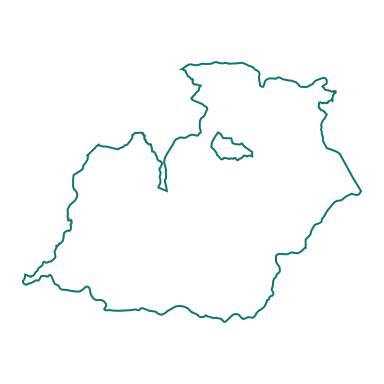 outline of Kambove, Katanga, Democratic Republic of the Congo
{"feature_id": "63176286B84034630662614", "entity_name": "Kambove", "entity_type": "district", "adm_level": 2, "iso_a3": "COD", "parent_name": "Democratic Republic of the Congo", "parent_adm1": "Katanga", "projection": "albers", "projection_center": [26.544, -11.235], "detail": "fine", "context": "isolated", "style": "outline", "palette": "teal", "viewbox_px": 384, "rotation_deg": 0, "n_neighbors": 0, "source": "geoboundaries", "source_scale": "gbopen_adm2", "svg_char_len": 5922}
<svg xmlns="http://www.w3.org/2000/svg" viewBox="0 0 384 384"><path d="M289.0,80.5L283.0,79.3L279.4,77.4L277.5,77.6L275.8,78.8L272.1,78.4L268.9,78.5L266.5,79.7L265.7,80.4L265.0,81.5L263.3,86.7L262.1,86.8L260.3,85.8L259.1,79.4L258.9,77.1L259.6,73.9L258.6,71.7L257.3,70.6L255.2,69.6L252.7,67.0L248.6,65.6L244.8,63.7L241.5,62.8L236.5,63.4L228.7,63.7L225.7,62.9L222.6,63.4L219.5,63.1L216.9,62.2L215.3,62.2L213.9,62.5L211.5,63.7L208.2,64.0L202.2,63.8L201.1,63.9L199.6,64.6L195.7,65.3L191.1,64.4L189.0,64.5L187.3,65.4L182.1,69.0L182.5,69.0L183.8,70.2L185.0,70.3L185.7,70.8L185.7,72.2L187.4,74.9L187.7,76.3L189.3,76.8L191.4,79.1L192.4,79.0L193.1,80.2L192.4,81.1L193.0,83.3L194.4,84.5L196.3,84.4L198.7,85.3L200.7,85.6L199.1,87.8L198.8,90.2L195.6,93.4L194.4,95.2L193.4,95.8L192.6,97.0L191.4,98.0L191.5,98.7L192.5,100.0L202.2,104.0L203.8,105.4L206.2,106.9L207.1,107.9L207.3,109.1L205.7,112.5L205.4,113.6L203.9,116.3L201.0,118.5L199.9,121.1L199.7,126.0L199.9,128.7L200.7,130.6L200.6,132.8L199.8,132.9L199.1,133.7L197.9,135.6L196.5,135.6L193.7,134.8L192.1,134.7L189.4,135.4L186.5,137.3L185.5,137.6L184.3,137.9L180.0,137.4L177.7,138.9L176.4,138.9L174.7,140.8L172.7,144.8L166.9,154.0L164.9,157.9L164.1,162.3L166.1,169.8L166.1,171.1L165.7,172.1L166.1,174.4L166.0,178.3L165.0,179.6L164.9,181.2L166.3,187.2L166.8,191.0L158.6,187.6L158.4,187.0L160.2,183.4L160.5,181.1L160.2,178.6L159.6,177.4L160.7,172.8L159.3,169.3L161.5,165.3L162.0,163.9L161.9,162.9L160.8,161.4L158.6,160.7L157.4,159.2L156.9,156.9L154.7,152.4L153.2,151.5L152.3,151.5L151.9,150.5L152.1,149.4L151.2,146.1L151.0,144.5L150.0,144.1L149.5,144.5L148.8,144.2L147.2,143.3L146.9,142.4L146.0,142.0L145.3,140.4L145.8,140.0L144.4,138.7L144.1,138.0L144.8,136.6L144.7,135.4L143.6,135.5L143.3,135.0L143.3,133.9L142.9,133.1L141.7,133.2L140.8,132.5L139.6,132.9L138.1,132.7L137.2,133.2L136.1,132.8L134.9,133.0L133.8,134.3L132.3,135.0L132.4,136.8L132.0,138.1L130.8,140.2L127.8,143.9L126.7,145.0L125.0,145.2L123.4,146.8L118.9,148.6L118.2,149.2L114.9,148.7L106.7,146.6L103.1,146.5L99.1,145.4L98.8,144.6L96.2,146.4L95.1,148.0L87.3,155.4L88.2,155.9L88.2,156.5L87.6,157.8L87.7,159.3L85.6,162.8L83.5,165.3L82.7,169.0L79.5,171.4L73.6,175.0L73.1,179.7L73.1,186.9L74.0,189.1L76.2,191.4L77.1,193.3L77.2,196.5L75.2,200.3L69.9,205.0L67.6,209.5L67.9,214.3L67.5,216.6L67.6,217.2L68.7,218.4L67.9,219.9L68.2,220.4L70.0,220.5L71.1,220.1L71.6,220.9L71.7,221.7L71.2,223.2L71.5,223.4L71.0,224.6L70.5,225.0L71.1,227.5L70.6,229.6L69.5,230.9L68.3,230.5L67.2,230.8L65.0,232.0L64.1,233.0L63.1,240.5L60.4,243.5L59.3,243.4L58.7,244.8L57.6,245.9L56.4,245.6L56.2,246.1L56.7,246.9L54.5,251.8L55.5,256.8L54.2,258.8L51.3,261.3L48.4,261.9L47.0,262.7L46.0,262.7L44.0,261.8L43.3,262.3L42.0,265.7L38.4,268.3L37.5,270.6L35.5,272.3L34.1,274.8L33.0,275.8L31.7,276.0L30.9,276.8L25.2,274.6L24.8,277.6L24.0,279.8L23.0,280.7L23.0,282.3L23.7,283.5L25.2,284.5L26.7,284.7L28.6,283.5L30.9,283.2L36.0,280.3L38.3,280.6L39.4,279.4L41.1,276.2L43.5,275.9L47.8,276.6L49.6,275.0L50.3,275.0L51.1,275.7L54.7,283.9L58.2,285.4L59.8,288.1L61.6,289.6L65.2,289.8L74.6,291.4L78.9,291.6L80.8,290.9L83.1,289.4L85.3,287.2L86.7,286.5L88.0,286.8L89.2,287.8L89.7,289.0L90.4,292.9L91.0,294.7L92.3,297.1L94.5,299.4L96.9,300.2L101.2,299.9L103.7,301.2L105.6,303.2L106.3,305.2L105.8,306.6L104.2,309.1L104.7,309.8L106.1,310.4L109.6,310.1L113.7,310.6L119.1,310.8L130.3,310.2L135.7,309.4L137.8,310.1L139.3,310.1L140.8,308.4L142.6,308.2L149.0,310.7L154.9,311.5L156.7,312.4L157.3,313.2L159.0,314.1L160.6,314.6L161.9,314.6L162.7,314.4L165.4,312.9L167.7,310.9L174.9,306.8L178.0,306.0L180.6,306.0L184.5,306.8L187.7,308.3L191.3,311.9L197.0,314.5L199.5,316.7L201.3,317.2L203.6,316.9L205.9,315.4L207.8,316.6L210.3,316.9L212.1,317.9L216.5,317.9L221.3,318.9L223.9,321.8L225.5,321.8L231.6,315.9L233.1,314.7L234.9,314.1L237.4,314.2L238.7,314.7L241.6,317.9L243.6,319.1L248.2,317.1L252.8,317.8L253.9,316.9L254.9,316.1L256.7,312.7L259.2,310.4L261.5,309.2L264.3,306.7L265.8,304.0L267.1,300.2L268.5,299.7L269.5,297.2L271.2,295.8L272.0,295.8L273.1,294.7L273.5,293.3L271.7,289.6L271.8,288.5L272.7,286.6L273.2,281.2L274.0,278.9L275.8,277.2L277.1,273.9L279.1,272.5L279.8,271.4L279.9,269.9L279.3,266.7L276.0,262.0L276.0,256.1L276.5,255.1L279.1,253.8L286.5,254.3L288.3,253.9L291.4,252.4L297.7,253.3L299.2,252.6L302.3,250.5L304.8,247.9L305.7,247.9L305.6,239.8L306.7,238.3L307.8,237.6L310.5,234.3L310.8,232.3L312.0,229.5L314.0,226.0L314.8,224.8L319.5,223.2L321.4,221.8L322.1,218.8L324.2,216.3L326.9,211.2L334.0,202.6L336.4,201.1L341.4,200.2L346.5,196.2L351.6,193.8L356.2,195.0L357.9,194.8L359.3,194.0L361.0,191.0L352.8,177.6L340.0,154.2L339.4,153.5L336.6,151.7L330.0,149.1L326.9,148.2L323.3,141.6L322.7,139.7L323.1,138.4L321.7,132.8L321.7,131.2L321.0,129.4L321.7,127.3L321.1,125.6L321.8,122.5L322.9,120.6L324.7,118.4L326.8,114.4L324.8,112.4L324.6,111.6L323.7,111.4L322.6,110.4L321.2,110.3L320.5,109.1L319.7,108.9L319.5,107.8L319.1,107.8L318.6,106.0L319.1,104.5L318.9,103.2L319.9,102.4L320.7,102.3L322.2,103.2L323.2,103.2L323.9,102.7L327.1,103.1L327.4,102.7L327.9,102.6L328.3,101.5L330.9,100.2L331.7,100.2L332.4,100.9L332.7,100.1L332.0,98.7L332.7,97.6L332.8,95.9L333.7,94.6L333.9,93.5L335.5,92.7L335.8,91.4L334.1,91.0L333.0,91.5L331.9,91.6L328.0,90.2L325.7,90.0L324.8,89.5L324.3,88.3L322.4,86.5L326.6,83.6L326.8,80.6L326.4,79.4L325.0,78.0L322.5,78.1L316.3,80.3L314.1,81.9L312.8,84.0L309.7,85.4L307.6,86.8L304.5,87.0L301.3,86.8L299.5,86.2L298.5,84.5L295.6,81.9L293.9,81.7L292.1,80.7L289.0,80.5ZM218.1,132.4L220.5,133.9L223.2,138.1L231.3,138.3L232.6,143.2L235.8,144.2L239.8,144.5L241.8,143.4L244.1,146.3L252.2,152.1L252.2,156.4L250.7,155.6L249.3,155.5L246.9,156.5L244.7,155.6L243.6,155.7L242.9,156.9L241.3,158.3L239.4,158.8L237.8,160.2L237.2,160.1L234.9,157.9L234.1,158.1L233.2,158.8L231.0,158.3L229.5,159.0L228.0,158.5L224.2,157.9L222.3,159.4L220.9,159.0L216.9,154.6L216.6,153.1L214.7,150.4L211.3,147.0L212.0,142.2L215.4,136.2L218.1,132.4Z" fill="none" stroke="#0f766e" stroke-width="2"/></svg>